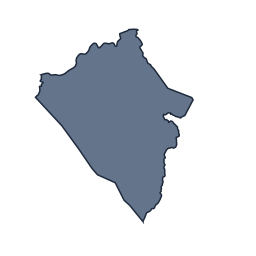 Oropoli, El Paraíso, Honduras (Mercator projection), rotated 245°
{"feature_id": "27666195B15040698792339", "entity_name": "Oropoli", "entity_type": "district", "adm_level": 2, "iso_a3": "HND", "parent_name": "Honduras", "parent_adm1": "El Paraíso", "projection": "mercator", "projection_center": [-86.83, 13.815], "detail": "fine", "context": "isolated", "style": "filled", "palette": "slate", "viewbox_px": 256, "rotation_deg": 245, "n_neighbors": 0, "source": "geoboundaries", "source_scale": "gbopen_adm2", "svg_char_len": 5780}
<svg xmlns="http://www.w3.org/2000/svg" viewBox="0 0 256 256"><g transform="rotate(245 128 128)"><path d="M129.2,74.6L106.5,78.3L98.5,80.6L83.8,93.3L64.1,93.9L57.3,96.8L36.8,102.0L37.1,102.1L38.2,103.5L39.4,105.0L41.3,107.0L42.9,108.5L43.2,108.9L43.3,109.2L43.3,109.4L43.3,110.8L43.3,111.4L43.4,112.3L43.5,113.2L43.7,113.7L44.5,114.8L44.7,115.2L44.8,115.5L44.7,116.0L44.4,116.5L44.2,116.8L44.2,117.3L44.2,117.6L44.4,118.1L44.9,118.7L45.7,119.5L46.2,120.1L46.5,120.7L46.7,121.3L46.8,121.8L46.8,122.4L47.2,123.3L47.7,124.1L50.0,127.3L50.4,127.7L50.7,127.8L50.8,127.9L51.7,129.1L52.1,129.5L52.4,129.7L52.7,129.9L53.3,130.0L53.9,130.0L54.3,130.0L54.8,129.7L55.2,129.6L55.5,129.6L56.0,130.0L56.4,130.8L56.6,131.2L56.9,131.4L57.0,131.5L58.1,131.8L58.9,132.6L59.1,132.8L60.0,132.9L60.3,133.0L60.6,133.2L60.9,133.4L61.1,133.7L61.7,134.9L62.1,135.2L62.5,135.4L62.9,135.7L63.2,135.9L63.4,136.0L63.5,136.3L63.9,136.7L64.6,137.1L65.1,137.2L65.6,137.3L65.9,137.1L66.2,137.2L67.0,137.7L68.0,138.4L68.4,138.6L68.6,138.8L68.7,139.0L68.7,140.0L68.7,140.8L68.9,141.1L69.2,141.4L69.6,141.5L70.1,141.8L71.2,142.0L71.8,142.4L72.8,142.8L74.8,143.7L75.3,143.8L76.4,143.7L77.0,143.8L77.3,144.0L78.1,144.8L79.0,146.0L80.0,145.9L81.2,145.9L81.4,146.0L81.9,146.3L82.6,146.6L83.6,146.9L84.2,147.2L84.6,147.6L84.8,147.9L85.0,148.4L85.1,149.0L85.4,149.2L85.8,149.3L87.3,149.3L87.8,149.3L88.4,149.6L89.3,150.3L89.8,150.8L90.6,152.1L91.1,152.6L91.8,153.6L92.2,154.4L92.3,154.8L92.4,155.2L92.5,156.8L92.4,156.9L92.2,157.3L92.0,158.0L91.9,159.4L91.7,159.7L90.8,160.5L90.5,160.8L90.5,161.3L90.5,163.1L91.0,163.6L91.6,164.3L92.5,165.2L92.8,165.2L93.3,165.5L98.5,167.5L99.0,167.7L99.1,167.8L99.1,168.0L98.9,168.9L98.9,169.2L99.0,169.7L99.1,170.9L99.2,171.1L99.4,171.2L100.3,171.6L101.5,171.8L102.3,171.9L103.3,172.3L103.9,172.7L104.4,172.7L105.6,172.6L106.0,172.6L106.6,172.7L107.3,172.9L107.8,173.1L108.1,173.3L109.5,172.6L110.2,172.5L111.1,172.2L113.0,171.4L114.8,171.1L115.4,170.7L115.8,170.4L116.0,170.1L116.2,169.8L116.3,169.5L116.2,168.9L116.0,168.2L115.8,167.7L115.9,167.3L116.0,167.2L116.3,167.2L116.6,167.3L117.1,167.5L117.5,167.5L118.5,166.9L119.5,166.2L119.7,165.7L119.8,165.1L119.9,164.9L120.1,164.8L120.3,164.8L120.8,164.9L121.4,165.0L122.7,164.8L123.2,164.9L124.0,165.1L125.1,165.9L125.2,166.0L124.8,166.3L124.4,167.0L124.2,167.4L124.2,167.8L124.2,168.3L124.4,169.1L124.5,169.7L124.8,170.5L124.8,170.9L124.7,171.1L124.0,172.0L123.9,172.2L123.8,172.7L123.7,172.9L122.8,172.6L122.5,172.6L122.3,172.6L122.2,172.9L122.2,173.2L122.1,173.5L121.9,173.6L120.9,174.1L119.6,175.3L119.1,175.6L118.7,175.8L118.1,176.3L117.9,176.8L117.6,177.0L117.6,177.3L117.1,177.7L116.6,178.1L116.3,178.6L115.9,179.0L115.1,179.6L114.9,179.8L114.9,180.0L115.0,180.5L115.3,181.1L115.4,181.6L115.4,181.9L115.3,182.4L115.4,183.0L115.3,183.4L115.3,183.7L115.3,184.1L115.5,184.4L115.3,184.8L126.0,198.9L128.7,198.6L147.1,180.9L170.6,176.5L171.0,176.3L172.6,175.7L174.2,175.2L174.4,175.2L175.0,175.2L175.7,175.2L175.9,175.1L176.5,174.6L177.6,173.9L178.0,173.6L178.4,173.5L178.8,173.4L179.3,173.4L181.1,173.6L182.4,173.6L182.9,173.7L183.2,173.7L183.8,173.4L184.2,172.9L184.7,172.7L185.9,172.2L186.4,172.1L186.9,172.0L187.4,172.1L187.8,172.2L188.3,172.5L189.2,173.1L189.6,173.3L190.2,173.3L191.3,173.0L192.2,173.0L195.2,172.7L195.8,172.7L196.2,172.8L196.4,172.9L196.4,173.1L196.8,174.6L197.1,175.3L197.6,176.2L197.8,176.3L198.0,176.4L200.4,176.4L201.7,176.2L202.5,176.1L203.9,175.7L205.5,175.2L206.2,174.8L206.7,174.3L207.0,174.1L207.4,174.0L208.0,174.1L208.4,174.2L208.9,174.6L209.2,175.2L209.3,175.7L209.6,176.0L210.1,176.2L210.8,176.2L211.1,176.2L212.0,176.5L212.3,177.0L212.5,177.2L212.5,177.5L212.6,178.4L212.9,178.2L213.5,177.8L213.7,177.6L214.0,177.1L214.8,175.4L215.3,174.5L216.0,172.5L216.6,171.3L216.8,170.8L216.8,170.4L216.6,169.9L216.4,169.5L216.4,169.0L216.4,168.6L216.4,167.7L216.6,165.8L216.8,162.1L217.0,161.1L217.0,160.6L216.9,160.4L216.6,160.2L215.6,159.8L212.6,159.3L212.3,159.2L212.0,158.8L211.7,158.2L210.9,155.4L209.1,153.7L207.2,152.6L207.1,152.3L207.1,151.9L207.1,151.7L207.3,151.4L207.5,151.1L208.0,150.9L209.5,151.0L210.1,151.0L211.0,150.6L211.4,150.4L211.5,150.2L211.8,149.7L212.0,148.7L212.2,147.5L212.2,146.8L212.3,146.5L212.5,146.1L213.9,144.2L214.3,143.6L214.6,142.8L214.8,142.1L214.8,141.9L214.8,141.6L214.4,140.5L213.9,139.5L213.3,138.0L213.2,137.4L213.2,137.0L212.9,136.6L212.8,136.3L212.8,136.0L213.0,135.7L213.1,135.4L213.4,135.2L213.8,135.1L214.9,135.0L217.4,134.9L218.0,134.7L218.3,134.5L218.9,133.6L219.2,133.1L219.2,132.6L219.1,131.8L218.7,130.7L218.0,128.9L217.5,127.9L217.1,127.3L215.4,125.8L214.8,125.2L214.5,124.6L214.1,123.8L213.4,122.2L213.2,121.5L213.1,121.1L213.1,120.6L213.1,120.3L213.2,119.9L213.7,119.0L215.2,116.9L215.3,116.5L215.4,115.8L215.2,115.0L215.0,114.3L214.6,113.4L213.2,111.1L212.8,110.7L211.9,110.0L210.5,109.2L209.3,108.9L208.1,108.5L207.6,107.8L206.7,106.9L206.3,106.3L206.1,105.7L205.8,104.9L205.5,103.6L205.5,103.0L205.5,102.1L205.1,98.4L204.6,96.3L204.1,94.4L204.0,93.2L203.9,92.0L204.0,91.3L204.3,89.6L204.5,88.5L204.7,87.8L205.0,87.3L206.3,85.8L206.6,85.3L206.9,84.9L207.3,84.0L208.1,81.5L208.5,80.7L208.6,80.4L208.9,80.2L210.1,79.7L210.6,79.5L210.9,79.2L211.2,78.9L211.4,78.5L212.0,77.4L212.2,76.7L212.4,75.4L212.8,73.5L213.0,71.5L212.5,71.8L212.2,71.8L209.9,70.5L209.4,70.4L209.0,70.3L208.9,70.1L208.6,69.9L208.4,69.2L208.2,68.8L207.9,68.5L207.5,68.4L207.3,68.3L207.2,68.4L205.6,70.0L205.2,70.2L204.9,70.1L204.8,69.9L204.6,69.6L204.3,68.4L204.0,67.9L203.6,67.7L202.8,67.3L202.5,67.1L202.6,66.7L203.1,65.8L203.1,65.6L203.0,65.4L202.9,65.3L202.6,65.1L201.3,64.8L199.3,64.0L198.8,63.7L198.0,62.9L197.1,62.0L195.9,60.4L195.8,60.0L195.7,59.3L195.7,58.9L195.4,58.3L195.1,57.6L194.9,57.1L158.0,69.0L129.2,74.6Z" fill="#64748b" stroke="#1e293b" stroke-width="1.5"/></g></svg>